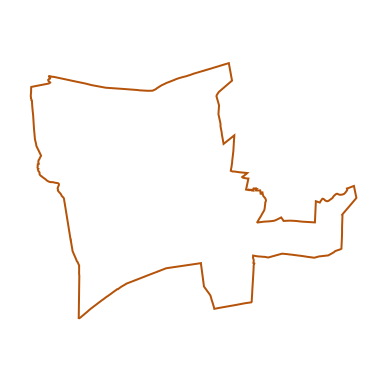 Lerma, México, Mexico (Robinson projection), rotated 272°
{"feature_id": "50627088B475938863267", "entity_name": "Lerma", "entity_type": "district", "adm_level": 2, "iso_a3": "MEX", "parent_name": "Mexico", "parent_adm1": "México", "projection": "robinson", "projection_center": [-99.473, 19.326], "detail": "fine", "context": "isolated", "style": "outline", "palette": "amber", "viewbox_px": 384, "rotation_deg": 272, "n_neighbors": 0, "source": "geoboundaries", "source_scale": "gbopen_adm2", "svg_char_len": 5869}
<svg xmlns="http://www.w3.org/2000/svg" viewBox="0 0 384 384"><g transform="rotate(272 192 192)"><path d="M187.1,316.1L184.7,316.1L165.9,315.9L166.2,303.1L166.7,296.7L166.8,291.1L166.3,284.5L166.7,284.3L167.9,283.4L169.7,282.0L168.9,280.6L168.4,279.6L168.0,279.0L166.7,276.4L166.1,275.0L165.8,273.1L165.5,271.2L165.2,268.6L165.1,267.4L164.9,265.2L164.6,263.3L163.8,258.6L164.1,258.3L167.5,260.1L168.9,260.9L170.8,262.0L171.9,262.5L172.4,262.7L173.2,263.2L176.4,264.9L177.1,265.0L177.7,265.1L178.4,265.2L179.1,265.3L179.8,265.3L182.7,265.6L184.0,265.6L184.4,265.7L185.4,266.1L185.8,266.2L186.3,266.2L187.5,265.8L187.9,265.6L188.3,265.4L188.7,265.0L189.1,264.7L189.4,264.4L189.7,264.1L190.4,263.5L191.0,263.2L191.4,263.1L192.6,262.7L194.1,262.4L194.0,261.8L194.0,261.2L192.6,261.3L192.7,260.6L196.0,260.1L196.0,259.9L195.9,259.6L195.9,259.3L195.8,256.3L196.0,256.3L196.0,255.9L196.7,255.8L197.2,256.3L197.2,255.6L197.8,255.7L197.7,253.4L197.1,253.1L196.9,253.2L196.4,253.1L196.1,253.3L195.5,253.4L195.6,252.0L196.1,252.1L196.3,250.7L196.0,250.5L196.3,248.8L195.9,248.8L196.3,245.9L197.7,246.2L207.4,247.9L207.4,246.7L207.7,244.5L207.9,243.2L208.0,242.8L208.1,242.4L208.3,242.0L208.7,241.6L209.1,242.0L209.3,242.3L209.5,242.7L210.0,243.4L210.8,244.2L211.9,245.6L212.9,246.6L213.4,238.6L213.6,236.6L213.7,236.1L213.9,234.0L214.0,232.1L213.9,231.8L213.9,231.7L214.6,230.0L215.1,230.1L216.9,230.3L217.7,230.5L219.3,230.7L219.6,230.7L220.3,230.8L220.5,230.8L221.3,230.9L221.9,231.0L222.5,231.0L223.0,231.1L223.6,231.1L224.6,231.1L234.2,231.9L242.7,232.1L246.6,232.2L248.8,232.3L250.1,232.3L241.2,221.9L250.3,219.9L253.0,219.5L256.4,218.7L257.1,218.5L258.4,218.3L259.2,218.1L260.4,218.2L261.7,218.0L270.7,215.7L279.5,216.0L288.6,213.1L289.8,213.4L290.8,214.0L292.9,215.3L304.7,228.1L322.1,224.3L315.5,205.0L310.4,189.8L309.3,187.0L308.8,185.9L308.4,184.5L307.6,182.5L306.6,179.0L306.1,177.4L305.4,175.2L304.9,173.9L304.4,172.5L303.4,170.4L301.7,166.5L300.6,163.9L300.1,162.6L299.6,161.8L299.0,160.7L298.5,159.7L298.0,158.7L297.6,157.9L296.9,156.9L294.9,153.9L294.6,153.5L294.1,152.9L293.5,152.2L293.0,151.3L292.6,150.4L292.1,149.5L291.8,148.6L291.8,147.3L291.6,144.7L291.7,140.0L291.8,135.6L292.0,134.3L292.5,122.0L292.6,119.5L293.2,102.2L295.3,88.0L296.7,81.6L298.9,68.7L299.6,64.9L302.2,50.1L302.3,48.7L302.5,47.3L302.9,45.2L302.6,45.0L302.2,45.1L301.9,45.5L301.9,46.1L301.6,46.4L300.4,46.2L300.0,45.2L299.3,44.7L298.9,44.3L298.0,44.7L297.2,45.6L296.6,46.4L296.4,46.5L295.9,45.8L295.4,45.0L291.4,27.7L289.9,27.6L286.8,27.7L282.5,27.5L282.1,27.5L281.6,27.6L281.0,27.8L280.4,27.8L279.8,27.8L279.3,28.2L278.9,28.3L278.4,28.3L278.1,28.3L277.8,28.8L273.7,29.2L270.0,29.6L262.8,30.6L250.4,31.8L239.2,33.2L235.7,34.2L233.1,34.8L232.3,35.0L226.9,37.9L223.0,39.9L222.2,39.5L220.6,38.7L219.2,38.2L218.7,37.7L217.6,37.4L216.3,37.4L215.6,37.6L215.1,37.9L214.7,37.9L214.3,37.0L214.3,36.9L212.9,36.8L212.6,37.0L212.4,37.0L211.3,36.7L210.5,36.9L210.1,37.2L209.9,37.5L209.7,37.3L209.3,37.2L208.5,37.6L208.3,37.6L207.9,37.6L207.6,37.7L207.3,38.1L206.6,38.6L206.3,38.9L205.1,39.0L204.3,39.1L203.6,39.6L202.9,40.3L202.5,41.1L201.8,41.9L200.1,44.4L199.6,45.2L198.8,46.1L198.1,47.1L197.5,48.3L197.2,49.1L197.0,49.9L196.9,50.8L197.0,51.6L197.0,52.6L196.7,53.7L196.4,55.6L196.3,56.6L196.1,57.5L196.0,58.1L195.6,58.5L195.1,58.7L194.7,58.8L194.2,58.7L193.7,58.6L193.3,58.3L192.9,58.1L191.9,57.9L191.3,57.6L191.0,57.6L190.6,57.6L190.1,57.9L189.6,58.1L189.2,58.0L188.9,57.9L188.7,58.0L188.0,58.5L187.8,58.7L187.3,59.2L186.9,59.5L185.6,60.8L184.7,61.4L183.6,61.9L183.1,62.4L182.1,63.5L181.6,63.9L181.3,64.1L180.7,64.3L180.2,64.4L179.6,64.5L173.7,65.7L139.7,72.4L139.8,72.6L138.3,72.8L133.7,73.7L132.3,74.0L130.5,74.4L128.7,74.7L127.8,75.2L126.6,75.7L125.8,76.1L122.7,77.6L122.0,77.9L121.9,78.0L119.9,78.9L118.8,79.3L118.2,80.0L114.5,81.8L112.8,81.8L111.0,81.9L107.0,82.0L105.3,82.1L104.7,82.3L62.0,83.2L61.9,83.7L62.7,84.9L63.6,85.9L65.4,87.9L67.3,90.0L69.1,92.0L70.1,93.0L71.9,95.0L72.8,96.1L78.1,102.6L79.0,103.7L80.7,105.8L81.5,106.9L84.2,110.2L85.0,111.4L87.8,115.0L88.8,116.2L91.4,119.6L92.3,120.7L92.3,121.5L93.4,122.7L94.9,124.7L96.3,126.9L97.3,128.5L97.5,128.9L97.6,129.0L98.0,129.4L106.8,149.9L106.9,150.1L114.9,168.9L121.2,203.4L120.9,203.4L98.4,207.2L98.1,207.2L96.6,208.3L95.5,209.2L93.8,210.5L91.8,212.1L89.4,213.9L87.8,214.5L84.3,215.6L81.1,216.8L79.2,217.4L78.0,217.8L76.0,218.4L76.3,219.6L77.1,223.1L79.4,233.9L80.1,237.3L80.8,240.5L81.6,244.1L82.5,248.0L83.1,251.2L83.8,255.1L84.5,255.5L86.3,255.5L90.6,255.6L94.0,255.7L96.1,255.7L107.2,256.0L116.2,256.2L117.3,256.2L119.3,256.2L121.1,256.2L121.7,256.5L122.9,256.8L123.2,256.4L123.2,255.9L123.8,255.9L125.2,256.1L125.7,256.1L127.0,255.8L128.0,255.4L128.6,255.3L130.6,255.3L130.3,257.5L130.1,259.0L130.0,259.4L129.8,264.2L129.7,266.7L129.7,267.3L129.6,267.6L129.2,270.5L132.4,280.6L133.5,284.2L133.2,289.9L133.1,290.2L132.9,293.2L132.4,298.6L132.3,299.5L132.1,301.8L131.9,304.2L131.2,310.0L130.9,313.3L130.6,315.9L130.6,316.4L130.7,316.8L130.9,317.6L132.0,321.0L133.3,329.7L133.3,330.1L134.0,331.4L135.3,333.6L136.4,335.3L136.5,335.6L138.0,337.3L140.0,342.5L140.5,343.3L150.3,343.4L157.1,343.4L158.5,343.3L163.3,343.2L165.4,343.2L167.6,343.2L169.8,343.2L171.6,343.2L174.1,343.2L174.4,342.8L175.4,343.5L182.8,349.4L190.5,355.5L191.6,356.3L191.9,356.5L203.7,353.6L202.2,350.0L201.5,348.4L200.9,346.7L200.2,347.0L199.9,347.1L199.6,347.1L199.1,346.8L198.5,346.5L198.2,346.3L197.0,345.5L195.5,344.2L194.9,342.9L194.6,341.9L194.5,341.3L194.4,340.2L194.4,339.8L194.4,339.6L194.8,338.4L195.2,337.7L195.3,337.3L195.2,337.0L195.2,336.4L194.7,335.7L193.2,334.1L191.8,333.1L190.9,332.6L189.5,330.8L188.5,329.5L187.9,328.7L187.5,327.6L187.5,327.1L187.8,326.3L188.1,325.5L188.6,325.0L189.2,324.4L189.5,323.8L189.7,323.5L189.8,323.1L189.8,322.5L187.4,320.9L185.9,320.1L186.5,318.1L187.1,316.1Z" fill="none" stroke="#b45309" stroke-width="2"/></g></svg>